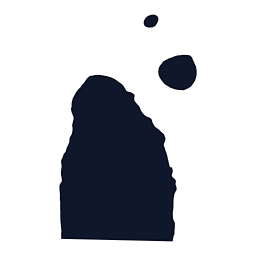 North Ari, Maldives (orthographic projection)
{"feature_id": "70690204B20684534310008", "entity_name": "North Ari", "entity_type": "district", "adm_level": 2, "iso_a3": "MDV", "parent_name": "Maldives", "parent_adm1": "", "projection": "orthographic", "projection_center": [72.851, 4.166], "detail": "fine", "context": "isolated", "style": "filled", "palette": "ink", "viewbox_px": 256, "rotation_deg": 0, "n_neighbors": 0, "source": "geoboundaries", "source_scale": "gbopen_adm2", "svg_char_len": 4457}
<svg xmlns="http://www.w3.org/2000/svg" viewBox="0 0 256 256"><path d="M172.0,240.6L172.1,239.1L172.5,237.6L172.8,236.2L173.2,234.8L173.7,234.0L173.7,232.1L173.7,230.6L174.0,228.9L174.0,227.8L174.0,226.9L174.1,226.0L174.1,225.1L174.0,224.3L174.1,223.9L174.1,223.4L174.1,223.0L173.0,220.8L172.5,219.4L172.2,218.1L172.2,217.1L172.1,215.8L172.1,214.0L172.0,212.9L172.1,212.0L172.1,211.0L172.6,208.7L172.6,207.1L172.7,205.5L172.7,203.9L172.7,202.5L172.7,200.8L172.8,199.3L173.0,197.6L173.3,196.2L173.5,194.6L173.9,193.3L174.5,192.0L175.2,190.7L175.9,189.3L175.7,187.3L175.1,185.6L174.7,184.3L175.0,182.5L175.1,181.0L174.7,180.2L173.5,179.0L171.8,177.5L171.4,176.7L170.9,175.4L171.3,173.8L171.8,172.5L172.0,171.1L171.9,169.6L171.0,167.9L170.5,167.9L169.4,167.8L169.0,166.5L168.4,164.6L168.0,162.8L167.7,161.1L167.2,159.6L166.9,158.2L166.9,157.6L166.1,154.7L165.7,153.2L165.3,152.1L164.5,150.4L164.5,149.9L164.1,148.5L163.4,146.7L163.0,145.3L163.0,144.2L163.6,142.4L164.3,140.8L164.6,139.7L164.6,138.2L163.3,134.7L161.7,133.3L160.2,132.0L158.7,130.4L157.6,129.6L156.4,128.7L154.8,127.6L153.9,126.5L152.9,124.9L152.1,123.4L151.5,121.9L151.2,120.5L150.8,119.5L149.9,118.7L148.3,117.9L147.0,117.5L146.1,117.1L143.6,115.3L142.1,113.6L141.4,112.6L140.7,111.6L140.4,111.1L140.1,110.3L139.7,109.5L139.5,108.8L139.2,108.1L138.9,107.4L138.4,106.7L138.0,106.1L137.5,105.6L136.8,104.9L136.3,104.2L135.4,103.3L134.6,102.3L134.0,101.6L133.7,100.7L133.5,99.7L133.4,98.9L133.4,97.9L133.7,96.8L133.9,95.9L133.3,94.7L132.4,94.0L130.3,92.9L129.4,92.6L128.0,92.5L126.8,92.0L125.9,91.4L125.0,90.2L124.6,89.3L123.4,87.2L122.0,85.3L120.2,83.9L118.3,82.6L116.6,81.3L113.9,79.5L111.2,78.3L109.3,77.6L106.7,76.9L104.7,76.5L102.5,76.1L100.4,75.8L98.9,75.6L97.2,75.6L95.2,75.8L93.0,76.3L91.3,76.5L90.3,76.7L89.0,77.6L88.1,78.5L87.4,79.2L86.5,80.5L85.2,82.3L85.0,83.0L84.3,83.6L83.5,84.5L82.7,85.3L82.0,86.3L81.3,87.4L80.5,88.3L79.2,89.5L78.3,90.4L77.6,91.5L76.5,92.9L75.8,94.5L74.9,96.0L74.3,97.1L73.4,98.9L72.9,100.9L72.5,102.3L72.5,103.2L72.3,104.1L72.3,104.7L72.4,105.4L72.7,105.8L72.6,106.3L72.1,107.3L71.9,108.2L71.8,109.5L72.1,111.1L72.4,112.0L72.8,113.5L73.2,114.1L73.5,115.0L73.7,115.6L74.1,116.5L74.4,117.5L74.5,118.1L74.3,119.1L74.0,120.5L73.7,121.7L73.3,123.6L72.9,125.0L73.0,126.2L73.2,126.9L73.3,128.2L73.4,129.3L73.2,130.4L73.1,131.4L73.0,132.2L72.7,133.5L72.6,134.2L72.0,135.2L71.6,135.9L71.2,136.6L70.7,137.4L70.4,138.4L70.2,139.7L70.1,140.7L70.1,141.6L70.1,142.3L69.7,143.2L69.3,144.1L68.7,145.5L68.1,146.7L67.5,147.9L67.2,149.0L66.8,150.4L66.6,151.5L65.9,152.5L65.3,153.4L64.7,154.1L64.0,155.2L63.8,156.3L63.5,157.0L63.2,157.7L63.0,158.4L62.6,159.1L62.2,159.8L61.9,160.9L61.9,162.1L62.0,163.0L62.2,164.5L62.3,165.4L62.5,166.3L62.2,167.6L62.0,169.1L62.0,169.9L61.8,170.5L61.7,171.2L61.7,171.8L61.7,173.1L61.7,174.4L61.9,175.5L62.2,176.7L62.4,177.7L62.5,178.5L62.6,179.6L62.6,180.7L62.4,181.7L62.2,182.4L61.8,182.8L61.2,183.5L60.7,184.5L60.4,185.3L60.2,186.2L60.1,187.2L60.3,188.3L60.2,189.7L60.4,191.3L60.6,192.6L60.6,194.0L60.7,194.6L60.7,196.9L60.6,197.6L60.6,198.9L60.8,200.1L60.9,201.6L61.0,202.7L61.0,204.1L60.9,205.4L61.0,206.5L60.9,208.5L61.0,210.0L61.1,211.8L61.1,213.5L61.0,215.5L61.1,216.7L61.1,217.9L61.1,219.1L61.2,220.8L61.3,222.3L61.5,223.3L61.6,225.1L61.7,226.1L61.8,227.2L61.9,227.9L61.9,228.9L62.1,230.0L62.1,231.0L62.1,231.7L62.1,232.1L62.1,232.5L62.0,232.8L62.0,233.1L61.9,233.8L61.9,234.2L61.9,234.7L62.0,235.4L62.0,236.3L62.0,237.7L61.9,238.1L172.0,240.6ZM195.9,72.6L195.9,70.9L195.6,68.9L195.3,66.8L194.4,65.0L193.8,63.7L193.1,62.0L192.2,60.1L191.8,59.1L191.6,58.3L191.1,57.6L190.1,56.5L188.5,55.8L187.0,55.7L185.5,55.7L183.6,55.6L182.2,55.6L180.7,56.0L179.5,56.0L178.2,56.1L177.0,56.4L175.7,56.7L174.6,57.1L173.4,57.7L172.1,58.1L170.4,58.8L169.2,59.0L168.0,59.8L166.6,60.4L165.0,61.3L163.8,62.0L162.5,63.7L161.4,65.1L160.4,66.5L159.7,67.7L159.3,69.5L159.0,71.3L159.1,72.9L159.4,74.8L160.3,77.1L161.6,79.1L162.9,80.9L164.2,82.4L165.1,83.4L166.5,84.5L168.1,85.3L169.7,86.4L170.9,87.1L173.8,88.1L175.6,88.7L177.4,89.0L179.5,89.2L181.1,89.3L183.3,89.5L185.0,88.9L186.9,88.0L188.3,87.3L190.5,85.9L191.8,84.1L193.0,82.5L194.2,80.7L195.1,78.1L195.6,76.2L195.9,74.4L195.9,72.6ZM157.3,17.5L156.8,16.8L155.1,15.6L153.7,15.5L152.2,15.4L150.1,15.9L147.7,17.1L146.3,18.2L145.0,20.3L144.4,22.4L144.5,23.1L145.1,25.2L146.3,26.2L148.9,26.8L152.2,26.6L154.6,25.5L155.7,24.0L157.1,21.5L157.7,19.4L157.3,17.5Z" fill="#0f172a" stroke="#020617" stroke-width="1.5"/></svg>